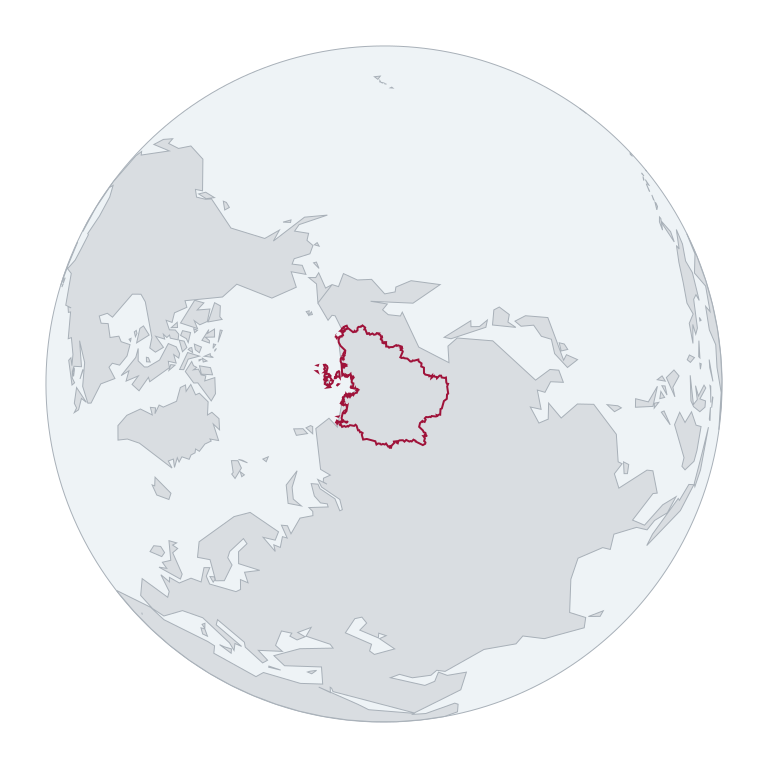 globe centered on Sakha (Yakutia), rotated 261°
{"feature_id": "RUS-2612", "entity_name": "Sakha (Yakutia)", "entity_type": "Autonomous Province", "adm_level": 1, "iso_a3": "RUS", "parent_name": "Russia", "parent_adm1": "", "projection": "orthographic", "projection_center": [131.922, 66.295], "detail": "fine", "context": "on_globe", "style": "outline", "palette": "rose", "viewbox_px": 768, "rotation_deg": 261, "n_neighbors": 0, "source": "natural_earth", "source_scale": "10m", "svg_char_len": 18348}
<svg xmlns="http://www.w3.org/2000/svg" viewBox="0 0 768 768"><g transform="rotate(261 384 384)"><circle cx="384" cy="384" r="338" fill="#eef3f6" stroke="#a8b0b8"/><path d="M625.3,620.6L625.6,620.2L625.5,620.4L625.3,620.6ZM626.4,148.6L648.2,174.6L651.6,181.0L648.1,180.0L647.8,208.4L656.6,194.2L660.1,204.4L659.3,213.7L655.3,208.9L648.8,217.9L649.3,230.5L634.4,240.3L603.2,235.0L605.7,228.2L597.9,228.1L594.3,236.8L593.8,242.6L562.0,257.2L546.4,289.0L552.4,304.8L542.5,297.1L561.2,331.6L559.7,354.5L554.7,325.1L549.0,319.6L544.6,333.1L537.9,330.4L531.9,335.5L524.2,331.2L521.8,314.9L516.8,312.0L514.0,321.8L504.5,324.0L509.4,309.9L493.3,312.5L486.4,286.7L505.6,254.2L495.2,238.1L497.4,200.5L490.6,201.3L487.1,188.2L478.0,184.3L481.0,178.8L471.1,180.5L470.0,186.3L465.3,189.1L459.8,187.5L462.7,180.1L465.9,179.8L463.9,176.8L467.7,173.9L462.7,174.4L466.9,165.9L454.7,171.9L451.2,163.2L456.2,158.3L466.2,162.0L502.5,161.1L510.7,158.0L512.1,149.5L492.5,126.3L497.1,121.8L495.7,113.4L488.3,114.1L486.8,121.0L472.8,120.7L472.7,129.6L466.9,131.0L462.6,139.3L451.9,134.6L444.0,125.8L447.0,118.9L443.6,115.0L431.5,119.1L428.4,104.3L411.0,91.7L411.4,88.5L428.8,86.0L452.0,91.7L474.4,90.1L448.4,87.9L450.0,80.6L445.4,78.2L438.7,77.0L433.6,78.6L431.8,75.7L456.8,76.3L458.9,78.9L450.9,78.6L461.8,81.4L478.7,82.5L478.1,79.2L504.2,85.7L504.1,83.5L509.8,84.0L508.1,86.9L511.6,82.0L542.1,92.4L547.4,89.5L554.6,98.3L564.7,105.9L577.7,115.4L578.9,114.9L594.3,129.2L611.5,142.3L622.5,147.5L621.0,143.5L603.4,127.1L595.9,121.3L581.7,110.4L589.7,115.9L608.7,131.6L626.4,148.6ZM688.7,428.5L685.9,425.6L689.0,422.6L688.7,428.5ZM683.1,427.1L684.3,427.4L683.1,427.8L683.1,427.1ZM681.5,429.6L682.7,427.8L681.6,430.3L681.5,429.6ZM679.7,433.4L680.6,431.2L680.6,431.6L679.7,433.4ZM540.2,84.3L544.1,86.5L557.1,94.2L572.2,103.7L551.2,90.8L532.2,80.3L540.2,84.3ZM676.0,438.1L674.9,439.1L675.5,436.6L676.0,438.1ZM533.9,83.0L538.9,85.8L533.7,83.0L533.9,83.0ZM594.6,245.7L594.9,237.3L600.7,230.7L601.3,237.9L594.6,245.7ZM582.6,258.9L580.8,253.9L589.7,253.9L588.0,256.7L582.6,258.9ZM558.2,317.0L559.7,309.6L560.6,317.8L558.2,317.0ZM532.4,337.0L534.1,340.1L530.3,341.5L532.4,337.0ZM468.7,141.3L465.7,140.3L468.1,139.2L468.7,141.3ZM469.6,145.9L474.5,145.5L475.7,147.7L472.6,147.9L469.6,145.9ZM515.0,336.3L508.3,337.9L514.7,333.4L515.0,336.3ZM463.3,146.1L477.1,151.6L479.0,155.5L469.1,159.7L463.3,146.1ZM504.1,336.9L487.9,341.3L490.3,348.3L474.3,331.4L493.4,333.0L500.9,326.3L499.8,333.2L504.1,336.9ZM472.1,188.9L472.9,182.6L477.3,189.4L472.1,188.9ZM476.1,192.6L496.3,210.1L492.3,218.8L486.3,211.0L485.3,223.8L473.4,219.3L471.3,211.3L476.2,206.5L467.9,208.5L476.1,192.6ZM468.0,321.6L463.7,320.4L467.7,318.5L468.0,321.6ZM463.8,190.7L468.2,193.4L465.1,201.0L455.6,197.1L459.7,195.9L463.8,190.7ZM490.8,229.4L486.8,234.6L476.1,232.4L473.1,234.2L472.8,220.0L490.8,229.4ZM457.6,193.3L450.9,195.0L447.4,190.0L459.3,188.7L457.6,193.3ZM468.3,204.7L466.3,208.2L464.3,205.0L468.3,204.7ZM431.1,173.7L436.5,176.4L435.3,180.6L431.1,173.7ZM448.7,196.0L449.9,197.7L450.1,199.8L445.0,199.9L448.7,196.0ZM465.2,219.5L461.6,217.6L464.8,225.2L456.9,224.0L458.1,214.9L454.3,218.3L451.8,218.0L455.6,211.0L465.2,219.5ZM440.4,206.1L439.2,194.5L429.5,188.4L430.3,184.4L445.8,195.0L440.4,206.1ZM449.0,209.5L443.8,206.5L447.4,203.0L453.1,202.9L449.0,209.5ZM451.1,226.6L462.9,230.7L462.2,232.6L451.1,226.6ZM436.8,205.0L437.2,207.9L435.7,205.0L436.8,205.0ZM445.9,220.7L450.2,221.8L449.3,223.9L445.9,220.7ZM434.4,212.8L434.0,208.9L437.9,208.7L434.4,212.8ZM439.1,216.9L436.9,219.6L439.5,210.9L441.1,217.1L439.1,216.9ZM444.4,222.5L445.3,224.1L442.7,221.7L444.4,222.5ZM419.9,216.1L422.3,205.2L430.8,204.6L427.3,215.2L419.9,216.1ZM219.1,89.0L222.0,87.5L200.0,118.5L185.6,129.8L157.2,169.7L151.9,175.7L144.7,173.8L115.0,211.8L117.9,219.8L101.4,254.5L97.2,276.5L114.3,278.0L121.3,241.7L132.9,232.8L135.7,259.5L131.1,292.4L135.4,290.1L147.1,267.6L155.0,274.0L152.1,259.9L146.7,266.5L144.8,258.1L149.7,251.6L152.3,254.0L156.1,244.1L142.8,236.0L135.8,241.8L140.6,218.2L129.4,225.8L127.5,220.5L145.8,205.8L150.8,205.7L177.3,182.7L172.4,180.6L147.1,202.3L151.0,196.2L144.3,194.2L152.5,190.9L181.5,168.4L191.7,149.5L189.3,130.3L198.5,120.2L213.2,110.6L229.6,114.7L207.2,137.0L212.7,139.4L230.5,133.8L222.1,141.2L226.6,141.8L219.5,150.7L222.4,163.0L217.1,172.4L230.8,177.5L229.9,183.2L222.0,178.4L213.7,180.5L202.1,205.3L203.5,210.2L213.3,211.6L208.9,218.6L219.9,216.8L219.4,232.1L229.3,212.3L241.1,214.1L247.7,223.7L253.3,221.0L242.7,205.4L236.9,202.5L229.0,205.6L214.7,195.5L216.0,187.0L237.7,184.7L242.0,172.7L257.1,176.7L276.5,215.2L278.1,231.7L254.5,256.7L246.8,252.1L251.5,240.6L235.6,250.4L242.4,250.0L238.8,256.0L249.1,259.8L247.0,264.3L260.6,260.6L259.1,266.5L250.6,268.7L264.7,280.1L265.1,293.2L269.3,293.7L273.7,290.5L271.3,309.6L274.5,309.2L276.5,302.7L284.3,297.7L297.0,296.5L295.4,303.1L290.6,304.4L278.3,317.6L265.7,320.5L266.4,323.2L276.9,322.3L292.0,306.2L300.1,303.6L294.0,312.0L296.8,308.7L300.4,309.5L302.4,316.7L309.6,308.0L350.7,309.7L358.8,324.3L348.7,331.2L375.8,340.9L382.8,357.5L384.6,351.4L398.8,352.5L396.8,347.2L398.8,344.4L434.4,346.0L441.6,351.8L459.0,346.4L460.0,343.4L455.7,338.7L474.3,331.4L490.3,348.3L487.3,354.3L499.4,361.2L490.9,374.0L489.3,388.1L472.9,398.8L473.2,409.4L477.9,410.9L481.8,426.9L473.4,455.0L459.3,425.3L467.8,383.7L462.5,399.8L457.5,394.2L451.8,399.0L448.6,410.8L452.1,413.3L415.0,424.1L394.9,451.5L411.4,453.1L418.0,463.5L409.6,498.2L364.1,534.3L372.4,550.2L370.3,558.8L357.6,561.4L360.2,548.9L350.6,541.7L354.0,534.5L334.4,535.2L338.4,524.9L321.2,530.9L323.6,540.7L339.4,543.6L322.7,553.7L334.0,571.9L331.1,588.0L298.0,605.6L270.5,603.1L268.0,606.7L259.3,597.5L244.4,599.7L257.8,630.3L256.2,636.0L233.5,636.8L233.7,632.5L210.7,608.2L203.8,619.2L221.1,640.4L227.0,654.8L212.5,643.7L206.9,629.9L198.8,621.0L202.9,610.9L199.7,587.6L185.2,581.6L188.2,574.4L181.6,548.4L161.9,538.0L129.3,531.6L121.8,546.7L111.9,543.6L107.4,502.5L113.4,481.7L106.7,473.7L106.2,441.3L90.6,399.4L93.0,391.3L89.0,384.8L89.4,366.1L94.8,353.9L92.9,344.4L79.9,377.2L82.4,387.6L90.9,392.7L86.3,400.9L86.5,420.3L70.0,412.0L54.4,362.5L60.5,348.6L88.2,285.5L91.6,284.7L92.1,284.3L92.9,283.4L87.6,282.8L94.9,272.1L71.9,307.8L64.7,317.9L54.0,362.2L53.2,360.6L52.0,373.7L57.7,404.0L56.1,407.1L48.7,405.3L46.2,392.0L46.5,367.6L48.5,343.3L52.4,319.1L57.9,295.3L65.2,272.0L74.1,249.2L84.7,227.2L96.8,206.0L110.4,185.7L125.4,166.4L141.8,148.3L159.5,131.4L178.3,115.9L198.2,101.7L219.1,89.0ZM196.1,109.0L194.0,109.2L196.1,109.0ZM118.4,332.2L120.7,353.1L133.2,339.7L135.1,346.8L138.7,339.8L134.1,338.7L144.7,321.6L150.6,329.5L157.2,325.7L156.8,318.5L144.3,306.9L128.9,331.0L122.6,328.0L118.4,332.2ZM539.2,84.6L535.4,82.6L537.3,83.3L539.2,84.6ZM530.1,81.0L531.8,81.8L533.2,82.9L530.1,81.0ZM448.5,80.6L446.4,80.4L440.1,78.6L444.0,78.4L448.5,80.6ZM406.3,78.3L404.2,73.6L408.4,76.6L413.4,75.1L428.6,79.8L412.4,87.2L417.1,82.9L406.3,78.3ZM444.3,88.7L436.5,84.5L445.6,88.9L444.3,88.7ZM258.5,138.0L251.8,140.9L248.3,137.5L255.1,126.7L260.3,131.3L258.5,138.0ZM243.2,145.8L262.9,147.1L259.5,154.3L258.0,150.0L253.8,154.5L250.4,148.9L227.8,154.9L223.2,152.4L238.3,133.1L235.9,140.6L242.6,137.2L243.2,145.8ZM319.3,141.6L327.8,143.3L309.4,156.5L303.6,153.5L309.9,142.2L320.6,139.2L319.3,141.6ZM443.1,152.9L447.6,153.5L446.8,155.4L442.3,156.5L443.1,152.9ZM433.7,174.6L422.9,153.0L427.4,152.4L415.6,141.0L423.0,135.1L430.4,142.6L427.2,129.7L436.9,134.1L433.4,125.7L449.1,143.0L457.6,146.8L445.3,144.8L438.3,150.0L437.8,153.4L442.8,166.1L457.7,177.3L453.2,184.6L446.0,186.9L441.7,185.3L446.0,180.9L437.2,182.0L440.2,174.5L433.7,174.6ZM364.4,214.4L371.2,209.1L354.0,211.8L356.9,203.5L354.7,204.4L352.7,197.7L346.4,191.1L349.3,187.7L345.6,186.6L344.1,182.3L340.1,179.8L343.7,173.0L339.0,169.4L343.5,168.3L334.4,164.0L342.8,164.2L341.7,158.9L334.1,161.5L363.8,133.2L369.8,121.9L370.2,112.5L384.5,114.7L393.3,125.1L397.4,139.5L389.7,150.3L397.5,149.6L396.1,154.7L390.5,153.1L398.4,158.6L395.7,162.4L399.4,176.4L412.4,182.3L414.1,187.8L407.7,187.4L413.8,193.1L402.8,196.2L403.8,200.2L393.9,207.5L381.0,204.8L383.0,209.6L375.6,215.6L364.4,214.4ZM416.8,217.9L400.7,216.0L394.3,210.7L414.2,200.3L414.8,196.2L427.4,189.7L436.3,197.6L431.9,198.7L429.7,201.6L427.8,198.0L427.7,203.1L421.6,204.8L419.9,209.3L415.1,207.4L416.8,217.9ZM152.3,180.8L149.4,185.2L146.2,191.9L142.0,190.9L152.3,180.8ZM171.8,165.1L170.1,168.7L162.5,170.2L165.5,165.8L171.8,165.1ZM175.7,169.7L170.6,168.8L175.1,166.7L175.7,169.7ZM221.1,182.0L220.1,186.1L217.4,186.6L215.0,184.3L221.1,182.0ZM314.0,222.1L318.9,219.5L320.2,221.2L332.2,221.3L331.1,227.7L323.3,230.0L314.0,222.1ZM111.7,272.6L109.1,267.3L111.5,263.4L111.9,266.0L111.7,272.6ZM123.4,226.2L117.6,237.2L122.3,225.8L123.4,226.2ZM314.7,229.0L319.8,228.3L316.1,231.9L314.7,229.0ZM330.8,232.3L327.5,236.8L332.3,228.5L330.8,232.3ZM309.3,703.9L319.7,706.5L319.4,706.8L309.3,703.9ZM298.4,699.8L310.0,702.8L296.6,700.2L298.4,699.8ZM314.6,703.9L326.5,705.5L331.6,705.7L330.8,706.4L314.6,703.9ZM290.6,697.7L249.7,683.2L234.0,675.0L237.3,674.9L262.8,686.0L290.6,697.7ZM236.1,674.3L212.6,656.9L183.3,618.2L193.7,625.7L224.9,656.7L222.9,657.6L237.1,669.4L236.1,674.3ZM294.5,685.8L292.4,690.5L269.4,682.7L259.2,678.1L252.1,667.9L256.1,665.4L264.3,668.8L298.4,664.6L309.8,671.6L298.9,675.3L308.4,683.4L294.5,685.8ZM122.4,549.5L125.7,565.1L120.7,561.1L122.4,549.5ZM313.6,656.4L298.9,660.3L312.8,653.5L313.6,656.4ZM322.7,648.1L322.9,652.5L317.9,647.1L322.7,648.1ZM266.2,613.1L257.4,610.4L257.9,607.1L269.6,608.4L266.2,613.1ZM328.7,601.1L325.9,611.6L323.3,614.7L320.6,607.3L328.7,601.1ZM311.9,284.6L296.4,277.1L284.5,276.4L276.5,283.3L281.1,270.6L299.5,271.6L311.9,284.6ZM346.0,305.8L352.9,300.1L354.4,304.9L353.1,306.9L346.0,305.8ZM347.0,300.7L347.0,289.4L353.8,287.8L352.5,297.0L347.0,300.7ZM330.2,258.3L325.7,255.5L328.8,252.6L330.2,258.3ZM286.8,707.6L286.5,707.6L322.9,715.7L348.4,715.5L370.9,717.8L386.5,713.8L410.4,713.8L404.4,717.4L430.4,717.0L445.0,708.0L463.8,711.5L484.7,706.6L485.0,706.5L460.7,713.1L436.0,717.9L411.1,720.8L386.0,721.9L360.8,721.1L335.8,718.5L311.1,714.0L286.8,707.6ZM553.4,676.4L552.7,676.8L554.9,675.5L553.4,676.4ZM621.6,624.3L619.5,626.3L625.6,620.2L625.3,620.6L621.6,624.3ZM571.8,664.1L574.1,662.8L572.5,663.9L571.8,664.1ZM570.0,665.1L572.1,663.3L572.2,663.8L570.0,665.1ZM548.8,673.3L551.1,671.7L552.3,671.4L548.8,673.3ZM335.1,709.3L349.2,708.3L357.3,709.0L335.1,709.3ZM545.0,674.1L539.0,676.8L539.5,676.0L545.0,674.1ZM545.2,672.7L544.4,672.3L548.5,672.2L545.2,672.7ZM533.2,676.1L540.9,674.3L532.4,676.6L533.2,676.1ZM528.9,678.1L523.5,679.4L523.8,679.0L528.9,678.1ZM471.1,696.6L490.9,696.9L475.6,700.7L458.3,701.1L445.9,706.0L417.2,708.4L423.4,706.1L419.2,703.1L390.2,702.3L384.4,699.7L394.5,698.3L375.7,695.5L396.2,695.0L404.8,700.3L416.5,695.9L437.3,695.4L457.9,694.3L475.1,694.5L471.1,696.6ZM396.8,705.9L400.4,705.9L397.4,707.2L396.8,705.9ZM513.3,680.7L521.1,680.1L520.2,680.9L516.5,681.9L513.3,680.7ZM478.9,692.9L497.1,684.6L501.5,683.4L489.6,690.9L478.9,692.9ZM492.4,683.2L501.1,681.4L505.9,682.2L504.2,683.3L492.4,683.2ZM355.1,699.2L354.3,700.5L349.1,698.8L355.1,699.2ZM361.7,699.1L377.6,701.8L360.3,700.1L361.7,699.1ZM315.3,686.4L319.6,691.0L333.6,691.4L323.0,692.7L332.8,699.9L329.7,701.2L319.9,693.7L317.0,698.9L310.9,697.4L307.2,691.6L313.2,686.2L319.3,684.5L344.7,687.8L315.3,686.4ZM361.5,694.8L357.4,690.0L360.5,687.3L364.9,690.2L361.5,694.8ZM345.8,676.7L335.6,668.8L325.8,669.3L346.2,663.9L352.5,672.6L345.8,676.7ZM338.1,661.3L328.8,661.8L338.8,658.2L338.1,661.3ZM326.8,659.1L326.4,654.1L333.3,656.3L326.8,659.1ZM342.8,662.3L345.5,654.5L348.5,659.9L342.8,662.3ZM325.0,642.3L339.0,653.7L319.8,646.1L321.7,628.7L330.1,630.2L325.0,642.3ZM389.4,570.9L388.9,564.2L397.3,563.5L395.3,568.3L389.4,570.9ZM424.0,556.2L399.3,561.2L379.4,565.1L384.4,568.8L377.8,579.0L371.6,567.8L387.3,557.3L402.0,556.3L406.5,546.9L418.7,541.0L419.6,528.4L425.6,523.2L429.3,534.4L424.0,556.2ZM419.3,523.1L425.3,500.4L440.0,504.1L442.0,509.9L433.0,518.6L425.8,516.1L419.3,523.1ZM431.0,496.1L424.1,493.5L418.2,457.3L420.7,450.7L432.9,479.6L427.0,478.9L425.8,487.3L431.0,496.1ZM463.8,324.1L463.7,320.7L466.6,323.6L463.8,324.1ZM397.4,341.5L400.5,338.2L403.8,341.5L397.4,341.5ZM411.1,330.8L405.2,329.4L412.0,328.1L411.1,330.8ZM392.0,327.0L403.2,327.6L391.6,331.0L392.0,327.0Z" fill="#d9dde1" stroke="#a8b0b8" stroke-width="1"/><path d="M350.9,334.0L352.3,335.4L353.3,335.2L353.5,334.0L353.8,334.7L353.8,336.5L353.0,337.2L353.4,338.0L353.0,339.3L351.8,340.7L351.8,341.3L352.0,341.7L353.1,342.4L351.9,340.7L352.8,340.1L353.3,338.5L354.3,338.2L353.6,337.1L357.1,336.8L361.8,338.7L362.5,339.4L361.6,339.3L361.2,340.7L363.1,342.7L368.1,344.4L367.4,343.6L369.2,343.6L369.5,342.5L370.0,342.4L369.4,341.1L369.8,341.0L369.6,340.3L370.2,339.4L370.9,340.0L370.8,339.2L372.8,339.8L372.8,340.7L373.5,340.9L373.3,341.6L374.6,340.9L374.7,341.4L374.3,341.9L374.7,341.7L374.9,342.8L375.0,341.9L375.6,341.7L375.5,341.1L377.4,341.6L377.3,342.3L379.0,343.4L378.6,344.0L379.8,344.6L377.7,344.9L377.4,345.6L379.5,346.2L379.2,346.5L378.0,346.0L376.9,346.3L378.1,347.4L379.3,347.6L379.8,349.0L378.6,349.9L376.4,347.6L376.7,348.2L376.5,348.3L377.4,349.0L378.5,351.8L379.0,351.4L378.8,350.2L379.6,352.0L378.2,352.3L379.0,352.9L379.9,355.3L379.6,355.7L381.5,357.0L381.8,356.4L382.3,357.8L383.3,356.9L383.9,355.1L384.5,355.0L384.0,354.7L385.5,350.7L386.1,350.6L386.6,351.0L385.5,351.5L386.3,352.9L389.3,354.0L389.2,354.4L389.2,354.6L389.4,354.0L389.2,353.7L389.4,353.3L390.9,352.4L393.1,352.9L394.9,354.1L394.6,354.5L395.2,355.1L395.7,354.9L395.0,354.4L396.1,353.8L395.1,353.5L395.5,352.3L399.2,352.5L398.4,351.4L398.4,350.3L397.5,349.9L398.9,348.2L396.9,348.3L397.5,346.7L400.1,345.8L399.0,344.1L410.4,345.2L407.0,345.4L406.5,346.8L405.7,346.7L406.4,347.1L407.4,346.4L410.6,345.4L409.5,348.4L409.3,347.4L409.8,346.7L409.2,347.1L408.9,346.3L408.4,346.3L409.2,348.0L407.6,348.1L408.2,348.7L407.7,349.3L407.8,349.8L409.8,348.7L411.0,345.2L413.1,344.7L415.7,345.2L416.7,346.2L414.7,347.3L415.1,347.5L414.9,348.1L418.5,348.2L417.9,350.1L418.6,348.8L418.7,349.4L420.2,348.6L422.0,350.0L421.2,350.5L423.2,351.0L428.5,347.0L432.2,345.8L434.9,346.0L437.8,348.0L437.5,349.3L438.0,349.3L438.1,350.5L438.6,351.2L441.0,350.8L442.5,353.6L443.7,353.8L444.1,356.1L443.7,356.7L444.3,356.3L444.1,353.9L442.6,351.7L443.3,349.2L444.2,350.6L445.6,351.4L445.7,352.6L446.6,353.0L446.3,353.6L447.1,354.5L447.4,356.3L445.2,356.8L440.0,361.6L440.1,362.8L440.9,363.2L440.0,363.9L440.1,364.9L440.8,365.3L441.1,366.2L443.4,366.6L444.4,367.7L444.1,370.1L444.7,370.5L444.7,371.2L445.2,371.9L442.7,374.2L441.0,373.1L440.7,374.1L436.1,375.1L436.0,376.0L436.6,376.5L436.6,377.2L434.9,377.9L435.7,380.5L434.2,381.8L434.3,383.6L435.4,384.8L434.7,387.1L434.0,386.5L432.9,388.1L431.0,388.5L431.2,389.4L430.1,389.4L429.4,388.0L428.6,387.8L427.4,389.1L424.9,388.9L424.4,389.8L425.3,390.7L425.0,392.6L424.0,392.3L423.8,391.5L423.1,392.4L420.7,392.0L420.4,393.7L419.1,394.7L419.5,395.6L419.1,398.5L420.5,402.1L419.6,402.7L420.0,403.9L418.1,407.5L417.3,407.5L417.0,406.2L416.4,407.0L416.1,406.2L414.9,405.8L414.5,407.2L413.0,407.6L407.8,404.3L406.9,405.5L407.0,407.5L406.3,408.0L405.4,411.1L402.1,413.6L401.9,414.9L402.8,416.1L402.3,417.2L402.8,421.8L400.9,421.8L398.5,424.3L395.5,423.5L393.9,426.0L388.5,425.2L386.8,426.3L385.5,429.9L384.6,429.9L384.8,431.3L384.3,432.1L384.6,432.5L382.6,431.8L384.4,434.7L383.3,435.3L382.7,437.1L381.4,437.2L383.6,440.2L383.3,441.7L381.4,442.0L380.5,444.9L380.7,446.2L375.9,445.8L374.4,446.2L374.1,447.3L371.7,446.0L364.5,445.9L363.8,444.6L359.5,443.7L357.8,440.5L350.8,437.3L350.4,435.9L344.9,434.7L345.2,433.8L344.6,432.1L345.0,431.3L344.0,431.5L343.8,430.2L344.9,426.0L344.0,425.0L344.5,423.9L344.3,422.3L344.8,420.4L343.7,418.9L342.3,419.6L340.2,418.2L340.9,417.1L340.6,416.3L341.4,416.0L339.8,413.5L336.2,412.0L332.1,415.1L330.2,415.7L329.3,417.2L326.4,417.5L325.9,418.6L326.2,417.1L327.0,416.2L326.0,416.0L326.3,414.8L324.0,415.9L321.4,414.7L319.8,415.8L318.5,415.3L317.6,412.8L322.3,406.2L323.0,406.3L324.4,404.4L322.9,402.4L323.5,401.3L323.2,400.0L325.3,397.2L323.9,395.2L325.5,393.9L325.9,390.7L325.5,389.3L323.3,388.3L324.2,387.2L325.5,387.4L325.6,384.8L324.2,384.9L321.9,381.8L319.9,381.0L320.1,380.0L320.5,380.2L321.2,379.0L321.7,379.5L321.6,378.3L324.9,376.7L324.1,375.3L325.0,373.5L324.6,372.1L325.0,371.1L325.7,370.8L326.2,368.9L325.4,367.1L328.8,366.5L332.4,358.4L332.4,354.7L337.4,354.1L338.9,355.2L340.0,354.0L340.0,352.8L342.2,352.3L342.3,351.1L347.0,350.4L348.2,349.5L347.3,348.0L348.7,343.9L347.6,342.0L348.2,341.5L347.7,339.5L348.7,338.2L348.2,335.9L350.0,335.4L350.1,334.3L350.9,334.0ZM403.6,327.6L402.8,328.4L402.9,329.0L403.4,329.2L402.3,330.9L400.5,330.6L399.7,329.3L400.0,327.3L399.1,327.4L398.7,328.0L399.8,330.3L401.9,331.5L400.3,332.5L399.1,331.7L396.5,333.0L395.8,332.2L395.2,334.2L393.2,333.3L391.4,330.5L392.2,330.3L391.7,330.1L391.9,329.0L391.5,328.3L392.4,328.1L391.9,327.0L393.2,326.2L393.3,325.5L394.0,325.1L393.8,325.2L396.4,327.4L396.5,328.3L397.3,328.1L396.9,327.6L396.9,325.8L397.8,325.9L397.2,325.0L399.2,326.5L401.2,326.3L403.6,327.6ZM408.8,328.3L412.3,327.7L412.2,329.2L410.4,330.6L408.8,330.8L405.0,329.1L405.1,326.9L405.9,328.1L408.1,327.2L408.8,328.3ZM403.1,339.6L403.7,341.4L403.1,341.8L397.2,341.3L398.3,340.7L399.0,338.3L400.5,337.9L403.1,339.6ZM355.2,331.8L353.6,333.5L352.1,331.6L352.9,331.5L353.5,330.6L355.2,331.8ZM398.7,336.7L398.8,337.6L398.0,338.2L397.3,337.4L397.4,336.3L398.7,336.7ZM390.2,329.1L390.0,330.2L389.3,330.5L389.4,327.6L390.2,329.1ZM377.7,345.5L378.9,344.8L379.6,345.6L379.3,345.8L377.7,345.5ZM442.8,352.5L444.0,353.9L443.9,354.3L443.7,353.6L442.9,353.5L441.8,351.6L442.1,350.9L442.8,352.5ZM391.1,338.7L390.9,339.2L389.5,337.0L390.6,337.9L391.1,338.7ZM395.2,352.5L394.8,353.3L393.5,352.9L393.9,352.5L395.2,352.5ZM407.3,319.3L407.2,320.2L406.2,320.4L407.3,319.3ZM378.3,346.3L378.8,346.8L377.3,346.5L378.3,346.3ZM364.2,342.1L363.2,342.3L363.1,341.7L363.8,341.6L364.2,342.1ZM442.0,350.3L442.8,351.1L442.4,351.6L442.0,350.3ZM437.2,344.3L437.2,345.0L436.7,344.5L437.2,344.3ZM412.8,321.0L412.9,321.7L412.5,321.5L412.8,321.0ZM371.7,338.3L372.1,338.6L371.5,338.6L371.7,338.3ZM442.3,350.1L442.9,350.4L442.4,350.2L442.3,350.1ZM376.4,341.2L376.9,341.1L377.5,341.5L377.1,341.4L376.4,341.2ZM359.0,333.3L359.0,333.8L358.8,333.6L359.0,333.3ZM438.8,344.0L439.3,344.3L438.8,344.2L438.8,344.0ZM440.7,344.2L440.9,344.1L440.5,344.3L440.7,344.2Z" fill="none" stroke="#9f1239" stroke-width="2"/></g></svg>